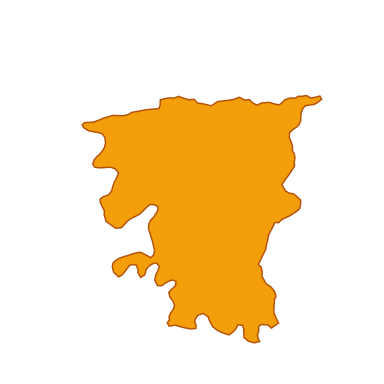 Quilombo, Santa Catarina, Brazil (Natural Earth projection), rotated 110°
{"feature_id": "56859067B6043362260272", "entity_name": "Quilombo", "entity_type": "district", "adm_level": 2, "iso_a3": "BRA", "parent_name": "Brazil", "parent_adm1": "Santa Catarina", "projection": "natural_earth1", "projection_center": [-52.706, -26.741], "detail": "fine", "context": "isolated", "style": "filled", "palette": "amber", "viewbox_px": 384, "rotation_deg": 110, "n_neighbors": 0, "source": "geoboundaries", "source_scale": "gbopen_adm2", "svg_char_len": 3122}
<svg xmlns="http://www.w3.org/2000/svg" viewBox="0 0 384 384"><g transform="rotate(110 192 192)"><path d="M196.6,271.9L199.2,267.6L204.4,267.6L209.6,268.4L214.1,268.3L218.7,267.9L223.4,269.5L226.6,273.7L230.0,275.9L233.4,274.5L236.5,271.2L239.7,267.9L243.7,266.6L249.0,262.6L250.6,257.2L252.2,251.4L249.7,246.2L246.5,244.7L242.5,243.2L238.4,240.8L234.9,237.4L230.9,233.7L226.4,231.4L222.0,229.5L218.0,227.1L216.9,223.3L217.2,219.3L220.5,217.9L224.7,218.5L228.8,219.5L232.5,221.1L236.4,221.7L241.0,220.5L246.2,216.7L250.2,213.5L253.0,211.5L256.5,209.3L260.4,206.9L264.3,206.5L267.8,208.2L266.8,214.5L266.3,220.0L268.5,223.9L270.7,226.9L273.3,230.0L276.1,234.1L279.5,238.0L282.9,240.6L285.8,241.9L289.3,241.4L294.1,238.3L296.9,232.0L294.1,229.5L289.9,227.8L286.0,226.8L281.6,225.1L279.6,219.7L282.9,216.5L286.6,214.9L289.8,211.0L286.0,208.1L280.8,208.5L276.8,207.3L273.5,205.1L270.8,201.4L273.0,197.2L278.8,197.2L282.1,197.7L287.7,196.8L291.7,192.4L290.4,188.4L286.9,186.0L283.6,183.2L281.3,180.2L281.6,176.4L286.0,175.5L290.8,178.1L294.4,179.4L298.4,176.7L301.4,172.1L304.9,169.5L308.7,169.4L312.6,170.7L316.7,170.9L320.1,169.5L323.4,170.5L325.9,167.6L322.9,162.3L322.4,155.3L321.9,150.7L321.1,146.5L318.9,141.7L315.9,142.6L312.4,145.4L308.4,145.2L305.3,143.9L302.3,140.0L303.6,134.4L308.2,130.4L311.4,126.4L313.3,121.0L313.9,113.9L313.6,108.3L309.8,105.7L306.3,104.2L301.0,103.3L300.0,98.9L303.2,96.5L306.3,95.2L311.0,93.4L312.9,88.0L312.5,82.0L309.4,77.3L307.1,79.7L304.4,81.5L299.6,81.8L296.0,83.3L293.0,81.9L291.0,75.5L292.7,70.8L285.5,65.8L281.5,70.0L277.5,73.7L273.9,75.1L269.2,76.4L264.5,77.8L261.2,77.4L257.0,80.7L254.3,85.2L252.7,91.1L250.0,94.3L247.2,97.5L242.7,98.9L238.9,101.3L237.4,104.9L220.5,103.1L216.2,104.1L211.4,104.3L206.6,105.3L202.4,104.9L197.4,104.2L192.4,103.7L191.0,99.9L187.6,98.5L185.1,96.3L182.5,93.4L177.9,89.7L173.7,86.6L170.8,85.2L167.2,85.6L162.5,87.1L160.4,91.9L159.0,96.1L159.8,100.3L159.1,104.3L156.6,107.5L154.1,110.1L141.3,106.5L132.5,104.5L129.0,106.1L124.9,106.9L121.3,108.9L118.4,112.1L115.3,112.9L111.7,115.3L107.9,119.0L103.2,120.6L98.6,118.5L95.4,116.0L91.9,114.3L87.3,114.4L83.4,115.8L80.1,116.5L76.4,116.5L72.5,115.3L70.2,111.5L68.1,107.4L65.1,104.7L60.4,101.9L58.1,104.7L60.8,108.5L63.1,112.6L62.2,117.4L64.4,121.2L65.7,124.8L68.7,127.2L69.8,131.4L73.4,136.2L77.5,138.1L80.4,140.0L81.0,144.3L81.4,150.1L84.4,156.9L88.3,160.8L87.4,165.8L85.6,169.5L87.5,174.1L86.8,180.0L90.6,184.2L93.6,189.5L96.1,194.6L98.2,198.7L101.7,201.4L104.5,203.5L104.9,208.2L105.4,211.9L106.5,217.5L104.2,221.7L106.4,226.8L106.7,232.0L106.7,237.2L109.7,240.8L111.0,244.4L113.0,248.8L116.4,253.3L121.3,251.6L125.0,251.8L127.0,255.8L129.1,260.6L131.7,265.6L134.8,270.5L137.4,275.3L141.3,278.7L144.0,282.9L145.9,288.9L147.3,292.9L150.2,296.6L152.8,300.4L156.2,304.0L159.7,308.0L162.0,313.0L163.6,316.8L166.6,318.2L168.7,315.6L169.8,310.4L169.0,304.2L168.0,299.5L168.2,295.7L171.0,292.2L175.8,289.9L180.8,289.5L184.8,290.6L188.3,291.7L191.2,293.5L195.3,294.9L199.7,294.8L201.9,292.1L201.2,287.9L199.2,282.9L197.6,279.7L196.4,276.2L196.6,271.9Z" fill="#f59e0b" stroke="#b45309" stroke-width="1.5"/></g></svg>